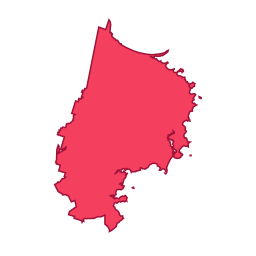 Sorell, Tasmania, Australia (Equal Earth projection), rotated 277°
{"feature_id": "25037944B32706868282963", "entity_name": "Sorell", "entity_type": "district", "adm_level": 2, "iso_a3": "AUS", "parent_name": "Australia", "parent_adm1": "Tasmania", "projection": "equal_earth", "projection_center": [147.667, -42.792], "detail": "fine", "context": "isolated", "style": "filled", "palette": "rose", "viewbox_px": 256, "rotation_deg": 277, "n_neighbors": 0, "source": "geoboundaries", "source_scale": "gbopen_adm2", "svg_char_len": 5855}
<svg xmlns="http://www.w3.org/2000/svg" viewBox="0 0 256 256"><g transform="rotate(277 128 128)"><path d="M29.8,116.8L27.6,120.0L24.7,122.1L23.0,122.2L24.6,124.4L28.8,128.4L32.3,128.7L33.0,130.3L34.7,131.2L35.3,132.4L37.9,134.5L38.3,133.9L40.1,133.4L39.7,131.5L40.4,130.5L43.1,129.3L44.8,127.5L45.0,126.6L46.3,125.0L47.8,124.5L48.6,123.1L49.1,123.0L51.2,123.5L52.5,124.5L52.0,126.2L53.8,127.8L54.0,128.7L53.6,129.7L54.5,130.9L54.9,132.8L54.3,133.7L55.7,135.1L55.4,135.6L56.8,135.1L58.7,135.7L59.2,134.8L60.2,134.4L60.7,133.4L59.7,132.7L59.6,131.7L59.9,131.2L58.6,128.8L56.7,127.7L57.2,124.9L56.1,123.5L56.8,122.0L57.6,122.8L57.6,122.1L58.7,122.5L58.5,120.8L58.1,120.4L57.6,120.5L58.3,120.0L58.3,118.7L58.7,118.5L59.5,121.6L59.9,121.2L59.4,122.7L60.1,124.0L60.7,124.3L62.8,123.6L65.3,124.4L65.9,126.2L65.9,128.9L66.9,129.6L67.2,130.4L68.5,130.6L69.3,131.2L70.1,131.1L70.2,129.5L70.7,128.9L70.5,128.5L71.9,128.7L72.4,128.3L71.3,126.4L71.8,126.1L71.3,126.4L72.8,128.4L72.6,129.2L71.6,128.9L71.7,129.5L76.5,130.2L78.9,131.9L81.0,132.0L83.4,133.3L81.5,131.4L83.4,130.9L84.3,129.6L83.9,129.7L84.3,129.1L83.5,128.6L83.0,127.1L83.8,126.6L83.6,125.5L84.7,123.9L84.3,122.7L82.7,122.8L82.0,121.5L80.5,120.4L82.0,121.3L83.0,122.5L84.3,122.3L85.0,123.5L85.5,126.7L87.1,127.6L87.1,128.8L85.8,130.5L88.3,131.6L86.2,131.1L87.2,132.6L87.3,134.5L86.3,135.7L84.4,136.7L85.1,137.1L85.4,140.3L86.8,142.9L87.7,145.5L89.8,145.1L90.3,145.7L89.2,147.6L89.6,149.1L89.2,150.0L91.4,152.6L93.9,153.8L96.0,156.8L96.2,159.9L95.8,161.4L93.9,161.8L93.5,163.5L92.3,165.0L90.0,164.3L90.1,165.5L91.7,167.4L91.8,168.7L91.2,170.0L89.8,170.4L89.4,171.9L91.3,171.9L92.8,171.1L97.0,172.0L102.6,174.0L106.0,176.2L107.2,175.8L109.9,177.3L109.9,176.7L108.5,176.0L108.6,175.5L109.4,175.8L109.8,175.2L111.2,175.8L112.4,175.2L113.0,174.2L113.7,174.4L114.7,173.7L115.3,172.3L116.9,172.5L117.4,172.0L119.1,171.6L120.6,169.9L120.9,168.7L120.8,169.5L121.0,169.6L123.3,168.2L124.5,168.9L125.8,168.7L126.4,169.7L126.2,170.9L128.6,172.2L128.4,173.1L128.8,173.8L130.6,173.2L130.0,174.2L128.8,174.6L128.0,174.0L127.6,173.3L127.8,172.2L125.9,171.1L125.5,169.4L123.3,169.1L121.9,169.5L121.7,170.0L122.1,171.0L121.2,172.3L121.8,172.9L121.6,173.9L120.6,174.0L120.3,174.9L117.7,174.3L116.1,175.3L114.6,174.7L113.3,175.8L111.2,179.1L110.2,178.9L107.4,176.8L105.1,176.7L104.2,177.8L103.8,180.2L104.4,182.7L105.2,183.8L106.6,183.9L107.3,185.2L108.3,185.4L109.0,184.7L109.3,183.3L110.3,183.1L110.0,182.3L110.4,181.6L112.6,181.7L116.3,184.3L117.4,185.7L116.8,187.3L117.2,189.0L116.6,190.2L120.1,189.6L121.6,191.4L121.6,189.4L122.7,188.3L125.0,187.4L125.3,186.6L124.8,185.8L125.6,184.9L128.0,184.3L129.7,185.1L130.4,185.9L132.0,186.2L133.2,184.9L135.0,185.0L136.3,184.3L137.6,182.0L139.7,181.7L141.2,182.7L143.0,185.0L142.1,186.3L142.7,186.9L142.5,188.6L143.9,188.1L144.3,187.3L145.3,187.3L145.8,186.4L148.6,186.5L151.7,187.4L152.5,188.2L152.4,189.7L152.7,189.9L154.9,189.5L155.8,190.1L156.8,190.1L159.2,193.2L159.3,192.3L160.7,191.2L160.3,189.5L160.9,188.8L162.1,188.6L163.6,189.1L163.8,190.0L164.3,190.2L165.6,189.1L169.3,191.1L170.2,189.9L169.3,186.7L169.8,185.1L171.3,184.6L174.6,185.4L176.6,183.7L179.9,182.8L180.0,181.1L180.4,180.8L181.2,181.1L181.3,180.1L182.2,179.1L183.1,179.0L183.2,178.4L185.4,178.2L184.8,176.1L185.7,175.3L185.7,174.3L186.1,173.5L186.0,171.2L187.6,169.9L188.8,169.7L190.1,171.1L190.7,173.4L190.4,174.6L189.8,174.9L190.6,175.3L190.7,175.9L192.1,175.9L192.9,174.7L192.8,173.9L193.2,173.3L189.0,169.4L188.8,167.2L189.4,166.2L190.1,166.1L191.5,165.9L191.8,166.7L192.3,166.6L191.0,163.8L190.9,162.4L191.4,160.6L192.7,158.6L194.8,157.6L197.3,159.2L197.6,160.5L197.5,159.5L198.2,159.1L196.7,157.0L196.7,154.2L197.7,152.4L198.6,152.3L198.0,151.5L198.0,150.6L198.9,148.9L200.1,148.0L199.8,147.2L200.5,145.2L200.4,144.1L200.7,143.7L200.9,144.2L201.1,144.0L201.2,142.2L201.7,141.6L201.6,141.0L201.8,141.3L201.6,142.0L201.4,142.2L201.3,144.0L201.9,145.6L203.1,146.7L202.7,147.7L202.9,149.3L203.3,151.3L204.2,152.6L204.1,153.6L208.3,158.2L210.0,158.5L209.1,157.0L207.5,155.6L206.4,153.4L205.4,150.5L203.7,143.3L203.5,137.0L204.2,129.3L205.3,123.7L207.9,115.6L209.4,112.1L210.2,111.0L210.1,110.6L210.7,110.8L210.8,109.6L211.6,108.4L212.6,108.1L213.4,107.2L213.9,106.3L213.5,106.0L213.8,105.2L215.3,103.7L215.4,102.8L217.0,100.9L218.3,100.4L218.7,101.1L219.2,101.0L218.9,100.7L220.3,99.9L220.3,98.8L220.9,99.1L221.2,98.4L228.8,98.2L231.5,97.2L233.0,95.9L223.0,93.9L224.6,86.7L162.8,82.1L161.8,81.5L162.0,80.4L159.7,79.9L160.0,78.1L157.8,77.7L157.6,79.0L153.6,78.1L153.3,79.4L152.3,79.2L152.5,78.0L151.0,77.8L151.4,75.7L150.0,75.4L149.9,75.8L148.0,75.3L148.5,72.7L135.6,70.4L134.9,73.8L133.5,72.3L131.5,72.7L129.8,72.3L129.0,72.8L125.4,69.5L125.3,68.1L124.6,66.5L123.5,66.6L123.3,66.2L121.7,66.5L120.9,65.8L120.9,62.9L119.6,62.4L119.7,61.4L117.3,61.0L117.5,59.9L115.1,60.1L115.1,58.9L113.5,59.3L112.8,58.9L111.4,66.0L98.2,63.7L98.6,65.4L101.4,68.8L99.2,68.5L94.3,61.8L95.9,61.7L96.5,62.4L98.2,63.0L100.1,61.7L101.4,61.9L102.5,60.8L98.1,60.0L88.1,60.9L84.8,60.4L84.6,61.5L83.5,61.4L82.9,65.3L77.0,64.5L75.9,71.4L71.9,70.6L71.6,72.1L69.8,70.4L69.7,68.8L65.9,66.9L65.9,65.1L65.4,64.7L65.0,64.9L62.9,62.1L56.3,66.5L54.6,70.8L53.8,71.1L54.1,71.5L53.7,72.1L54.4,74.2L53.5,75.5L53.7,76.8L47.8,80.8L49.6,84.1L43.6,86.3L38.0,80.1L34.7,79.6L33.7,85.8L31.8,85.5L30.4,93.3L28.9,93.9L30.3,94.5L30.0,95.5L31.8,94.9L32.6,95.3L34.2,105.4L36.1,108.4L36.6,112.1L38.7,115.7L29.8,116.8ZM181.3,186.7L180.3,186.1L178.8,183.6L176.8,183.8L174.8,185.5L175.4,186.2L175.4,186.8L176.9,187.7L177.6,189.0L179.4,188.6L180.2,189.0L181.3,186.7ZM166.1,196.7L166.6,197.1L167.3,196.7L167.8,194.7L166.5,195.2L166.1,196.7ZM69.1,139.0L69.0,141.1L69.9,140.7L69.1,139.0ZM87.1,171.1L87.8,171.5L87.8,170.1L87.1,170.6L87.1,171.1ZM108.7,193.8L108.6,193.1L108.1,193.1L108.3,194.0L108.7,193.8Z" fill="#f43f5e" stroke="#9f1239" stroke-width="1.5"/></g></svg>